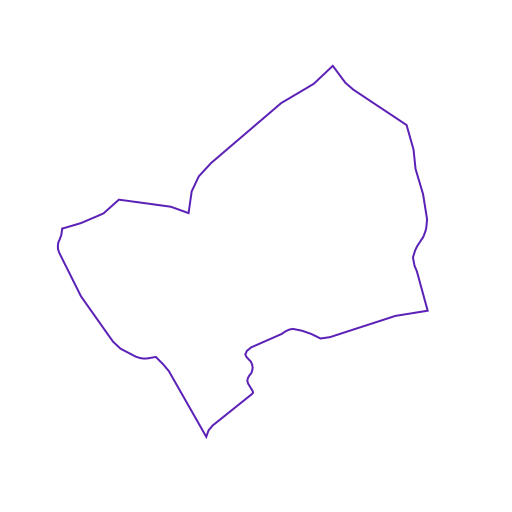 outline of Samut Sakhon, rotated 161°
{"feature_id": "THA-423", "entity_name": "Samut Sakhon", "entity_type": "Province", "adm_level": 1, "iso_a3": "THA", "parent_name": "Thailand", "parent_adm1": "", "projection": "orthographic", "projection_center": [100.245, 13.578], "detail": "fine", "context": "isolated", "style": "outline", "palette": "violet", "viewbox_px": 512, "rotation_deg": 161, "n_neighbors": 0, "source": "natural_earth", "source_scale": "10m", "svg_char_len": 1046}
<svg xmlns="http://www.w3.org/2000/svg" viewBox="0 0 512 512"><g transform="rotate(161 256 256)"><path d="M430.3,345.0L410.8,344.1L386.4,345.9L367.3,353.9L320.5,330.3L305.8,318.5L295.8,338.0L284.2,349.9L268.3,358.5L182.4,392.4L145.4,400.0L121.5,410.8L115.1,390.7L109.7,381.4L71.0,330.8L72.4,305.4L76.8,286.4L77.9,260.2L82.3,235.0L85.7,227.5L87.4,224.7L91.5,219.7L100.3,212.9L103.7,209.5L108.1,203.5L109.3,195.0L108.9,189.0L111.5,148.4L143.8,154.0L212.5,155.2L221.9,157.0L229.0,164.2L236.7,170.3L244.9,175.1L248.6,175.6L252.9,175.1L257.4,173.9L290.2,171.2L295.6,169.2L298.2,166.3L297.8,163.4L295.3,157.9L295.0,154.7L295.5,151.6L296.8,149.0L298.7,146.7L301.3,145.1L303.3,143.3L304.8,141.0L305.0,138.0L303.1,129.2L303.4,127.6L305.3,126.6L352.1,109.9L357.6,106.6L361.9,101.2L375.9,175.7L379.0,183.7L383.6,193.2L391.6,194.4L395.4,195.5L398.6,197.1L402.5,200.0L414.3,212.5L419.1,221.6L434.6,274.8L441.0,323.1L441.0,327.1L439.8,330.6L438.5,333.2L436.1,335.7L433.3,339.2L430.3,344.9L430.3,345.0Z" fill="none" stroke="#5b21b6" stroke-width="2"/></g></svg>